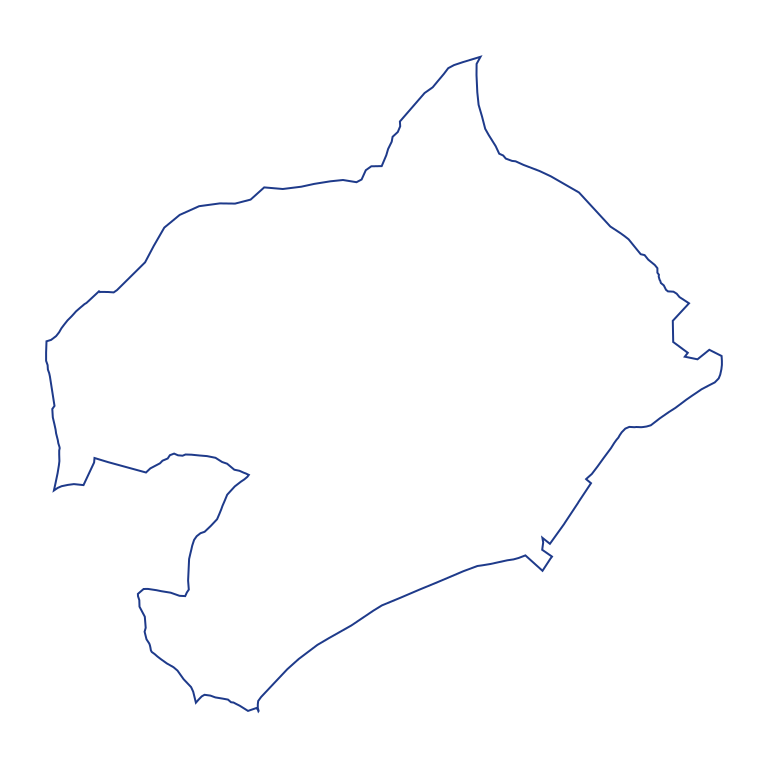 the district of San Martín Totoltepec, Puebla, Mexico
{"feature_id": "50627088B50447726374010", "entity_name": "San Martín Totoltepec", "entity_type": "district", "adm_level": 2, "iso_a3": "MEX", "parent_name": "Mexico", "parent_adm1": "Puebla", "projection": "mercator", "projection_center": [-98.357, 18.658], "detail": "fine", "context": "isolated", "style": "outline", "palette": "blue", "viewbox_px": 768, "rotation_deg": 0, "n_neighbors": 0, "source": "geoboundaries", "source_scale": "gbopen_adm2", "svg_char_len": 3683}
<svg xmlns="http://www.w3.org/2000/svg" viewBox="0 0 768 768"><path d="M258.6,710.9L257.8,707.9L257.8,704.3L258.2,701.0L261.1,697.0L273.8,683.5L287.3,669.2L298.7,659.0L317.4,644.9L329.3,637.9L351.3,625.5L373.3,610.7L381.9,605.4L400.3,597.8L419.5,589.6L437.7,582.1L463.4,571.2L477.4,566.0L481.8,565.4L490.4,564.0L507.3,560.3L513.5,559.4L518.6,558.0L525.4,555.4L542.5,570.8L550.4,558.7L552.0,556.6L551.6,556.3L542.2,549.8L543.2,542.4L542.4,537.8L549.9,543.8L550.2,543.4L564.2,523.9L564.5,523.4L564.8,522.9L578.1,502.8L578.3,502.5L578.4,502.2L591.0,483.2L586.5,479.5L586.1,479.1L588.3,477.1L591.8,474.0L597.6,466.4L603.5,458.2L605.8,455.1L611.0,448.1L614.2,443.0L616.5,439.8L618.4,437.6L619.6,435.4L621.7,432.3L625.3,428.6L629.3,426.9L634.3,427.2L636.4,427.0L641.2,427.2L643.3,427.0L646.6,426.5L650.8,425.3L660.0,418.2L669.1,411.9L675.4,407.9L686.3,399.7L692.2,395.6L696.4,392.8L701.5,389.3L709.1,385.3L714.8,382.4L718.7,378.4L720.2,374.7L721.4,369.2L721.9,364.9L721.9,360.9L721.6,356.0L709.3,349.8L697.5,359.3L684.8,356.7L687.8,352.8L673.2,342.0L672.8,320.8L689.0,303.3L679.5,297.1L676.7,293.7L673.5,291.7L670.4,291.5L668.0,291.4L666.0,289.8L665.1,288.0L663.8,285.4L660.9,283.0L660.2,280.7L659.6,279.8L658.7,276.6L658.9,274.7L657.4,272.7L657.4,268.2L654.8,265.0L648.2,259.6L644.6,255.1L640.7,254.2L637.1,249.8L628.6,239.3L624.4,236.0L620.2,233.0L610.3,226.5L579.0,192.5L551.0,176.4L539.5,171.0L523.5,164.9L515.6,161.3L512.0,160.9L505.8,158.6L503.2,155.5L499.2,153.7L495.7,146.2L488.7,135.0L485.2,128.8L482.1,116.8L478.6,104.8L477.3,92.3L476.5,75.0L476.6,63.9L480.5,56.8L463.3,62.0L454.0,65.1L448.2,68.2L443.8,74.0L437.5,81.5L432.7,87.3L424.6,93.0L399.9,121.5L400.2,126.3L397.8,132.0L392.6,136.8L391.7,141.7L388.1,149.0L386.3,155.2L381.7,166.1L371.3,166.3L365.8,170.2L361.6,179.5L356.5,182.2L343.0,180.0L330.4,181.3L314.2,183.9L301.3,186.7L282.8,189.0L264.2,187.4L250.6,199.6L235.1,203.6L219.8,203.4L199.1,206.2L179.7,214.9L164.3,227.6L153.7,246.0L145.1,262.3L117.0,290.1L113.7,292.4L108.0,292.0L100.4,291.9L99.9,292.1L99.0,291.3L86.4,303.0L84.5,304.1L80.0,307.9L76.0,311.4L73.8,313.9L71.6,316.3L67.6,320.3L64.1,324.7L61.4,328.3L59.1,332.3L56.1,336.1L51.1,339.9L46.5,341.3L46.1,352.5L46.1,360.8L47.6,365.1L47.9,369.6L49.2,373.2L49.9,376.4L54.5,405.9L52.3,409.0L52.8,417.3L54.5,424.6L55.6,429.7L56.1,433.4L57.8,440.1L58.3,443.2L59.4,446.7L59.7,448.1L59.2,450.5L59.2,454.6L59.4,461.1L58.9,465.3L57.6,473.2L55.2,484.7L53.9,490.5L57.7,487.9L61.6,486.2L67.9,484.9L73.9,484.1L83.5,485.1L94.1,462.5L94.5,458.0L108.0,462.1L146.0,472.5L150.3,468.4L160.0,463.3L162.5,460.7L167.7,458.5L169.9,455.2L174.1,453.6L178.0,455.3L182.6,455.7L185.5,454.5L191.5,454.7L199.6,455.5L207.0,456.1L215.5,457.8L222.1,462.0L227.1,463.7L234.3,469.7L239.5,470.8L243.7,472.7L245.9,473.5L246.9,474.0L248.8,474.9L247.3,476.9L244.3,479.4L241.0,481.6L234.8,486.4L227.2,494.7L224.3,501.7L222.5,505.8L221.3,509.2L219.3,514.1L217.1,519.2L210.9,525.8L204.6,531.8L200.5,533.2L196.7,536.2L194.1,539.9L192.2,545.7L191.4,549.3L190.4,553.4L189.1,559.0L188.1,580.6L188.8,589.6L186.9,592.4L185.2,596.1L179.5,595.8L170.7,592.7L165.1,591.8L161.4,591.2L156.5,590.2L147.8,588.9L143.6,589.0L137.9,593.9L138.0,596.2L139.3,600.1L139.5,606.7L144.8,616.7L145.7,627.8L144.6,631.7L146.5,639.3L149.3,643.6L149.9,645.3L150.4,647.5L150.9,650.4L151.8,652.0L154.7,654.1L157.3,656.4L160.8,659.1L166.8,663.4L173.5,667.2L177.5,670.6L180.9,675.4L183.6,679.2L191.1,687.1L193.2,691.7L195.9,702.7L198.7,699.5L201.7,696.4L204.5,694.8L210.4,695.6L215.3,697.4L222.6,698.6L228.0,699.6L231.0,702.2L232.3,702.4L233.5,702.5L235.7,703.7L239.7,705.7L248.0,710.9L256.5,708.0L257.9,709.8L258.4,711.2L258.6,710.9Z" fill="none" stroke="#1e3a8a" stroke-width="2"/></svg>